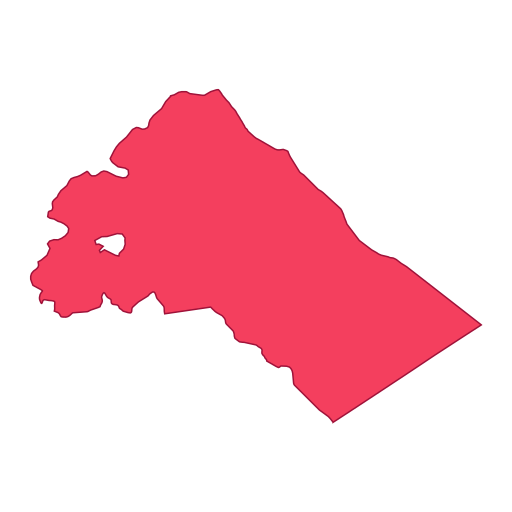 outline of Rif Dimashq
{"feature_id": "SYR-144", "entity_name": "Rif Dimashq", "entity_type": "Province", "adm_level": 1, "iso_a3": "SYR", "parent_name": "Syria", "parent_adm1": "", "projection": "albers", "projection_center": [36.607, 33.459], "detail": "fine", "context": "isolated", "style": "filled", "palette": "rose", "viewbox_px": 512, "rotation_deg": 0, "n_neighbors": 0, "source": "natural_earth", "source_scale": "10m", "svg_char_len": 5114}
<svg xmlns="http://www.w3.org/2000/svg" viewBox="0 0 512 512"><path d="M142.2,129.2L144.7,129.0L147.6,127.6L148.6,125.6L149.0,123.0L150.0,120.0L153.5,115.5L161.6,108.6L165.7,101.6L170.8,96.1L170.7,95.8L174.3,94.8L178.7,92.3L181.6,91.7L185.8,91.7L186.6,91.8L189.8,93.6L202.5,95.3L204.1,95.3L204.6,95.2L210.8,91.6L216.2,89.9L217.6,89.7L218.4,89.7L219.4,90.7L221.7,93.9L221.8,94.3L222.4,95.2L226.4,100.1L228.9,102.6L231.5,106.6L234.7,109.9L235.8,111.4L237.0,113.7L239.7,117.9L240.7,119.8L241.0,120.1L242.3,122.2L242.6,122.9L244.4,125.9L244.6,126.4L244.9,127.1L245.4,128.0L245.7,128.2L246.5,128.9L246.8,129.1L247.3,129.8L248.1,131.3L254.3,136.9L256.3,138.4L257.3,138.9L257.4,139.0L257.6,139.0L275.1,149.1L276.9,149.7L277.8,149.9L279.7,149.9L283.2,149.4L286.8,150.7L287.9,151.4L288.0,151.7L288.2,152.1L288.3,152.4L288.4,152.8L289.6,155.6L290.1,156.5L290.2,156.8L299.7,172.1L301.0,173.2L303.7,175.0L318.2,189.5L321.3,191.3L323.1,192.7L340.7,208.8L341.8,210.6L343.6,214.8L343.9,216.1L344.1,216.7L344.2,217.0L345.3,219.8L345.9,221.2L346.9,224.1L359.3,240.5L371.7,249.9L376.8,252.8L378.5,254.0L381.3,255.2L388.1,256.8L389.9,257.6L393.0,258.0L393.3,258.1L393.6,258.2L395.3,259.0L396.5,259.7L401.1,263.3L406.6,266.7L481.2,324.8L481.3,324.9L466.0,334.8L434.7,355.2L411.8,370.5L380.8,391.0L349.8,411.4L333.1,422.3L333.1,422.2L330.0,418.3L328.3,416.5L319.4,410.0L294.5,385.2L294.0,384.4L293.9,384.2L293.8,383.9L293.6,383.1L292.7,373.2L292.2,371.1L291.9,370.3L291.6,369.7L290.8,368.4L289.5,367.1L286.6,366.2L281.4,366.0L280.5,366.2L280.0,366.7L279.8,366.9L279.5,367.1L278.8,367.4L278.4,367.5L276.1,366.4L266.8,361.1L266.5,359.7L266.2,359.2L265.7,358.9L265.3,358.4L265.1,358.1L265.0,357.9L264.8,357.6L264.7,357.2L264.4,356.6L264.2,356.3L263.7,355.8L263.4,355.6L263.1,355.3L262.8,354.8L262.4,354.2L262.0,353.6L262.0,353.3L261.9,353.0L261.9,351.8L262.0,351.0L262.0,350.5L262.0,350.1L261.9,349.7L261.8,349.4L261.6,349.0L261.4,348.7L261.2,348.5L260.6,348.0L258.5,346.8L257.6,346.1L257.1,345.6L256.8,345.4L255.9,344.9L244.0,342.3L243.0,342.3L239.8,341.9L239.2,341.6L235.5,338.8L235.0,338.3L234.8,338.0L234.7,337.6L234.5,336.8L234.3,336.0L234.2,334.1L233.7,332.3L233.4,331.5L233.2,331.0L232.8,330.6L226.4,324.1L226.0,323.5L225.7,322.8L225.3,320.2L225.1,319.5L224.3,318.1L222.3,315.8L221.7,315.4L216.5,312.5L214.9,311.3L213.4,309.8L212.6,309.1L210.9,307.3L210.6,307.1L164.7,313.8L164.3,311.5L164.2,308.0L164.1,307.6L164.0,307.2L163.9,306.8L163.6,306.2L163.3,305.8L157.2,298.7L156.8,298.0L156.5,297.3L155.7,294.7L155.4,294.0L155.1,293.3L154.9,292.9L154.5,292.5L153.9,292.0L153.1,292.0L152.5,292.0L149.5,294.1L148.5,295.4L147.9,296.0L138.9,301.6L138.2,302.1L132.7,307.1L132.1,308.0L132.0,308.4L131.9,308.8L131.7,311.1L131.6,311.5L131.5,311.9L131.3,312.2L131.2,312.4L130.8,312.7L130.4,312.9L129.4,312.8L128.0,312.6L123.3,311.2L122.6,310.7L122.1,310.2L121.6,309.7L119.8,308.5L119.5,308.3L119.4,308.0L118.6,306.2L118.4,305.9L118.2,305.7L117.7,305.2L117.3,305.1L116.5,304.8L113.2,304.4L112.7,304.2L112.4,304.0L112.1,303.8L111.8,303.6L111.6,303.3L111.4,303.0L111.3,302.6L111.1,300.3L111.0,300.0L110.9,299.6L110.6,299.3L110.4,299.1L110.1,298.9L108.2,297.8L107.9,297.6L107.4,297.2L106.5,296.1L105.0,293.5L104.8,293.3L104.6,293.0L104.2,292.8L103.9,292.7L103.4,293.0L102.8,293.8L101.9,295.8L101.7,296.7L101.6,297.4L102.2,299.8L102.3,300.7L102.3,301.1L102.2,301.5L102.0,302.4L101.7,303.1L100.6,305.0L100.0,306.7L98.2,307.5L90.6,310.1L87.9,311.5L87.1,311.7L72.8,312.8L72.4,313.0L69.8,315.4L68.6,316.2L68.0,316.5L66.9,316.9L65.8,317.1L62.4,317.0L61.2,316.7L60.5,315.9L59.4,313.8L58.7,313.1L58.2,312.7L54.3,311.1L54.6,309.7L54.7,308.7L54.6,305.4L54.8,303.6L54.8,302.6L54.8,302.2L54.7,301.8L54.3,301.4L53.5,301.0L51.2,300.6L49.1,300.5L44.9,299.7L44.5,299.7L44.1,299.8L43.4,300.1L43.1,300.4L42.9,300.6L42.8,300.9L42.7,301.2L42.4,302.1L42.1,302.8L41.9,303.1L41.7,303.4L41.4,303.3L40.9,302.8L39.8,300.1L39.6,299.4L39.5,299.0L39.5,298.1L39.5,297.2L39.8,295.9L40.1,294.6L40.4,294.0L40.6,293.7L41.3,292.5L42.2,291.4L42.4,291.1L42.4,290.7L40.5,289.4L33.0,285.4L31.6,281.9L30.7,279.2L30.7,276.3L31.6,273.4L33.5,271.1L36.5,268.9L38.0,267.2L38.6,265.2L38.1,261.9L41.4,260.0L47.0,255.3L50.0,248.4L47.5,243.9L49.6,241.1L53.9,239.7L58.1,239.8L61.6,238.3L65.3,235.8L68.1,232.5L68.7,228.5L67.1,226.1L64.1,223.8L60.8,222.1L58.2,221.4L54.0,219.0L50.0,218.2L47.7,216.7L48.4,212.1L49.1,211.3L51.5,210.5L52.3,209.6L52.8,207.6L52.3,203.6L52.6,201.8L54.0,199.9L57.3,196.9L58.4,194.4L60.9,190.7L66.9,185.6L69.3,181.0L71.1,178.7L74.0,177.5L77.4,176.6L80.5,175.3L87.0,171.4L88.1,172.1L90.4,175.0L91.9,175.9L95.6,175.8L98.5,174.1L101.1,172.0L103.8,171.0L106.9,171.6L116.1,176.2L122.9,177.9L126.4,177.3L128.6,174.4L128.2,170.0L125.1,168.1L118.1,166.8L112.8,162.7L111.7,161.4L110.5,159.3L110.2,158.5L114.1,150.7L116.5,146.8L119.4,143.3L126.5,137.1L132.5,129.5L136.3,127.5L138.4,127.7L142.2,129.2ZM118.8,256.0L119.4,253.3L123.6,249.1L125.2,244.3L124.9,240.3L125.1,237.9L122.2,234.0L117.2,233.6L107.1,236.5L101.7,236.7L94.8,240.5L96.1,244.5L98.9,244.1L103.2,246.3L99.4,250.3L100.3,252.5L104.4,249.8L115.4,255.3L118.8,256.0Z" fill="#f43f5e" stroke="#9f1239" stroke-width="1.5"/></svg>